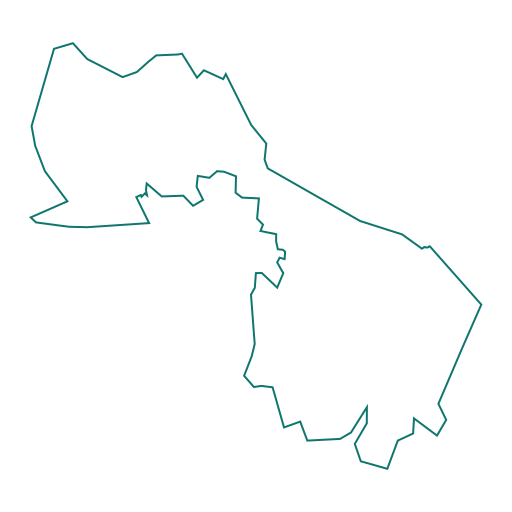 Henrico, Virginia, United States of America
{"feature_id": "52423323B30823129244387", "entity_name": "Henrico", "entity_type": "district", "adm_level": 2, "iso_a3": "USA", "parent_name": "United States of America", "parent_adm1": "Virginia", "projection": "mercator", "projection_center": [-77.411, 37.531], "detail": "fine", "context": "isolated", "style": "outline", "palette": "teal", "viewbox_px": 512, "rotation_deg": 0, "n_neighbors": 0, "source": "geoboundaries", "source_scale": "gbopen_adm2", "svg_char_len": 1433}
<svg xmlns="http://www.w3.org/2000/svg" viewBox="0 0 512 512"><path d="M30.7,217.4L36.0,222.4L62.2,225.9L69.7,226.8L87.2,227.2L149.1,223.1L136.3,197.1L140.8,195.0L141.5,196.8L144.9,193.4L147.0,195.3L146.0,190.0L146.7,183.5L161.7,196.4L166.0,196.3L183.3,195.7L193.1,205.8L203.1,199.9L196.6,186.8L197.8,175.9L209.3,177.8L216.9,171.4L217.0,171.2L223.9,171.7L236.0,176.3L235.6,192.7L242.0,197.6L258.9,198.4L257.1,218.7L263.0,224.6L260.5,231.0L276.2,234.2L276.1,241.2L277.8,249.2L282.9,249.8L285.1,251.7L284.6,259.1L279.6,257.7L277.2,262.4L283.0,272.8L283.1,272.7L283.3,273.1L277.2,287.6L261.8,273.0L255.9,273.1L254.8,287.8L251.0,294.7L254.7,344.0L251.7,356.3L244.1,375.8L253.9,387.0L261.3,385.9L272.6,387.3L284.0,427.4L300.2,421.6L307.3,440.6L340.1,438.9L351.0,432.5L366.9,407.2L366.8,423.3L354.8,443.9L360.8,461.3L387.3,468.8L397.8,440.6L413.1,433.5L414.0,418.4L437.0,435.6L446.2,419.9L438.4,403.8L462.1,348.3L481.3,304.6L429.9,246.4L429.4,246.3L428.9,246.7L428.6,247.0L428.1,247.3L427.6,247.3L426.8,247.6L426.0,247.3L425.3,247.2L424.8,247.3L424.3,247.0L423.8,247.3L423.7,247.6L422.3,248.4L421.5,248.6L421.3,248.2L402.1,234.4L360.1,221.0L267.8,168.4L264.6,159.7L266.3,143.6L251.2,125.0L225.8,74.1L223.2,79.1L203.9,70.3L197.0,77.7L182.0,53.7L177.9,54.5L156.2,55.4L148.1,62.0L136.9,72.0L122.6,77.1L87.3,59.1L72.9,43.2L54.0,48.8L31.6,126.1L35.2,145.8L44.9,171.2L67.4,201.3L30.7,217.4Z" fill="none" stroke="#0f766e" stroke-width="2"/></svg>